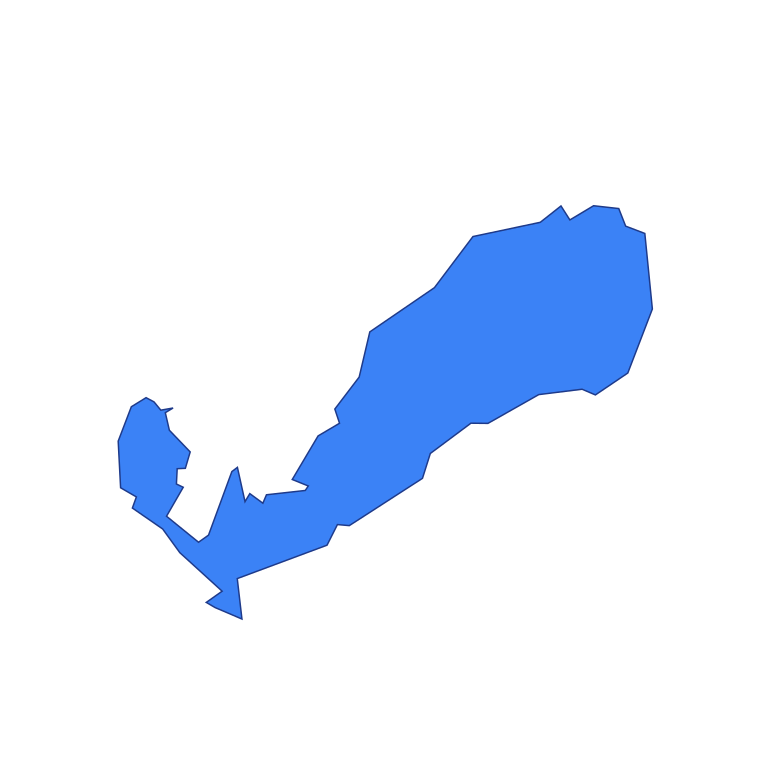 Butel, Butel, North Macedonia, rotated 37°
{"feature_id": "65306769B57074060571114", "entity_name": "Butel", "entity_type": "district", "adm_level": 2, "iso_a3": "MKD", "parent_name": "North Macedonia", "parent_adm1": "Butel", "projection": "equal_earth", "projection_center": [21.445, 42.087], "detail": "fine", "context": "isolated", "style": "filled", "palette": "blue", "viewbox_px": 768, "rotation_deg": 37, "n_neighbors": 0, "source": "geoboundaries", "source_scale": "gbopen_adm2", "svg_char_len": 914}
<svg xmlns="http://www.w3.org/2000/svg" viewBox="0 0 768 768"><g transform="rotate(37 384 384)"><path d="M501.7,106.8L482.0,112.5L465.9,102.6L444.1,115.5L433.7,141.1L418.2,135.3L411.5,160.8L366.3,212.7L366.3,276.7L341.3,350.9L360.0,393.4L359.8,433.6L372.1,442.1L362.6,465.1L368.2,515.5L384.9,511.0L385.2,516.4L356.8,543.2L359.0,552.1L342.8,552.3L343.8,561.6L317.1,538.8L315.2,545.5L334.8,610.3L331.1,622.0L289.9,620.5L285.8,587.3L278.4,588.8L269.8,576.1L276.1,570.9L270.1,554.9L240.4,550.1L226.6,538.5L230.0,530.1L221.5,539.2L211.1,536.7L202.2,538.1L195.9,554.2L206.1,589.6L236.1,625.4L254.2,623.2L257.7,634.5L294.5,633.0L322.5,641.6L379.4,646.9L373.5,665.4L383.7,664.2L412.0,657.2L383.9,627.7L435.5,547.0L431.4,524.3L441.5,518.0L471.5,436.2L462.8,411.6L477.0,363.0L490.7,352.9L514.0,299.3L545.3,269.0L559.4,265.5L572.1,228.5L553.2,162.6L501.7,106.8Z" fill="#3b82f6" stroke="#1e3a8a" stroke-width="1.5"/></g></svg>